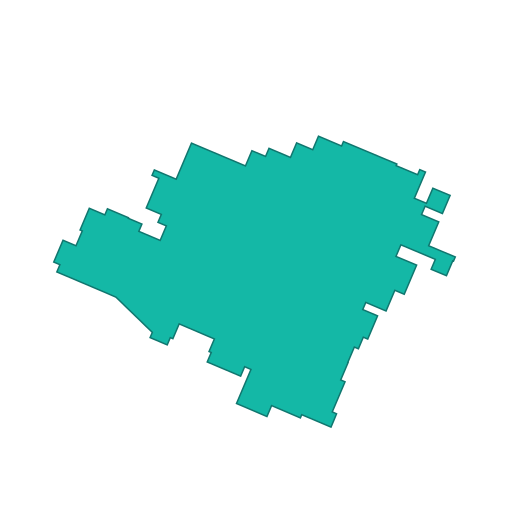 outline of Mount Magnet, Western Australia, Australia, rotated 113°
{"feature_id": "25037944B8385607479474", "entity_name": "Mount Magnet", "entity_type": "district", "adm_level": 2, "iso_a3": "AUS", "parent_name": "Australia", "parent_adm1": "Western Australia", "projection": "equal_earth", "projection_center": [117.985, -28.291], "detail": "fine", "context": "isolated", "style": "filled", "palette": "teal", "viewbox_px": 512, "rotation_deg": 113, "n_neighbors": 0, "source": "geoboundaries", "source_scale": "gbopen_adm2", "svg_char_len": 2019}
<svg xmlns="http://www.w3.org/2000/svg" viewBox="0 0 512 512"><g transform="rotate(113 256 256)"><path d="M135.5,101.0L124.4,101.0L124.5,119.7L140.9,119.7L141.0,132.8L112.5,132.8L112.5,139.0L118.0,139.0L118.1,162.3L116.3,162.3L116.5,220.2L121.3,220.2L121.3,224.5L121.3,245.3L128.3,245.3L136.0,245.3L136.0,262.8L151.8,262.8L151.8,286.1L152.4,286.1L160.6,286.1L160.7,300.9L177.2,300.9L177.3,359.5L216.5,359.5L216.5,383.2L222.4,383.2L222.4,375.8L232.3,375.8L236.6,375.8L241.5,375.8L246.4,375.8L251.3,375.8L254.7,375.8L254.7,359.4L263.3,359.4L263.3,350.3L279.1,350.3L279.1,373.5L271.2,373.5L271.2,388.4L270.6,388.4L270.6,411.2L277.2,411.2L277.2,421.2L277.2,428.1L286.3,428.1L288.8,428.1L300.8,428.1L300.8,425.7L316.9,425.7L316.9,439.8L340.6,439.8L340.6,433.1L348.5,433.1L348.5,408.0L348.5,405.8L348.5,391.3L348.5,380.1L348.6,368.9L350.1,364.9L351.3,361.8L353.3,356.7L356.4,348.6L358.8,342.4L360.3,338.4L363.8,329.5L364.6,327.3L366.8,321.6L372.5,321.6L372.5,303.0L364.6,303.0L364.6,300.2L348.5,300.2L348.6,269.1L348.6,261.9L362.3,261.9L362.3,259.5L372.6,259.5L372.6,241.6L372.6,239.4L372.6,231.5L372.6,223.2L362.3,223.2L362.4,216.3L399.4,216.3L399.4,205.9L399.5,183.2L392.2,183.2L387.6,183.2L387.7,151.9L384.2,151.9L384.2,124.8L384.2,120.1L378.2,120.1L369.8,120.2L369.7,124.9L359.0,124.9L343.8,124.9L337.0,124.9L337.0,129.6L318.1,129.6L318.1,129.9L302.8,129.9L301.4,129.9L301.4,128.9L301.4,125.5L295.4,125.5L288.8,125.5L288.8,120.7L284.8,120.7L283.9,120.7L263.6,120.7L263.6,136.8L255.8,136.8L255.8,122.9L255.8,118.7L255.8,114.8L246.0,114.8L233.3,114.8L233.3,104.6L227.0,104.6L226.2,104.6L220.5,104.6L213.3,104.6L210.4,104.6L201.6,104.6L201.7,127.0L189.1,127.0L189.0,89.6L191.1,89.6L193.9,89.6L199.8,89.6L199.8,88.7L199.8,87.9L199.7,73.0L183.6,73.0L183.6,72.2L179.0,72.2L179.1,89.0L179.1,89.7L179.1,101.1L175.5,101.1L171.1,101.1L169.3,101.1L165.7,101.1L162.2,101.1L159.5,101.1L156.8,101.1L153.2,101.1L153.2,119.8L144.1,119.8L144.1,101.0L136.2,101.0L135.5,101.0Z" fill="#14b8a6" stroke="#0f766e" stroke-width="1.5"/></g></svg>